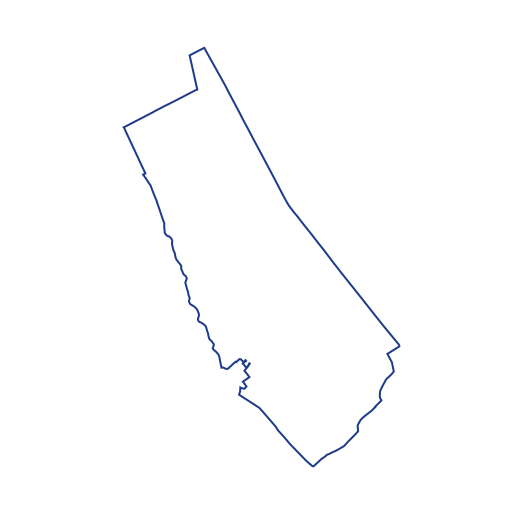 Manasia, Ialomita, Romania (Mercator projection), rotated 293°
{"feature_id": "2599482B60853828676404", "entity_name": "Manasia", "entity_type": "district", "adm_level": 2, "iso_a3": "ROU", "parent_name": "Romania", "parent_adm1": "Ialomita", "projection": "mercator", "projection_center": [26.681, 44.722], "detail": "fine", "context": "isolated", "style": "outline", "palette": "blue", "viewbox_px": 512, "rotation_deg": 293, "n_neighbors": 0, "source": "geoboundaries", "source_scale": "gbopen_adm2", "svg_char_len": 4529}
<svg xmlns="http://www.w3.org/2000/svg" viewBox="0 0 512 512"><g transform="rotate(293 256 256)"><path d="M199.6,426.7L200.0,426.9L201.1,427.3L202.1,427.6L203.2,427.9L203.5,428.0L211.4,422.5L217.2,415.2L228.3,422.9L228.9,423.2L229.5,423.0L230.0,422.5L230.6,421.5L235.0,413.1L238.5,406.3L241.5,400.6L243.3,397.2L245.3,393.6L247.2,390.0L247.9,388.8L248.8,387.2L249.8,385.2L251.1,383.0L251.7,381.9L253.1,379.3L254.6,376.6L255.8,374.3L258.0,370.4L260.1,366.5L262.0,363.1L262.4,362.3L262.5,362.1L266.7,354.3L267.3,353.2L269.3,349.5L272.6,343.5L272.7,343.3L273.0,342.6L273.4,341.8L273.7,341.3L276.5,336.4L277.3,334.9L278.2,333.3L279.6,330.7L281.5,327.4L286.8,318.2L288.1,315.8L289.3,313.8L289.6,313.1L290.6,311.3L291.5,309.6L293.4,306.1L296.4,300.9L298.7,296.7L303.4,287.9L306.5,282.4L308.4,279.1L310.6,274.7L311.4,273.3L314.1,268.5L315.3,266.5L316.6,264.7L318.5,262.2L322.6,257.0L330.4,247.6L338.2,238.1L350.4,223.0L350.6,222.8L355.2,217.1L361.6,209.1L369.9,199.0L375.5,191.9L381.1,185.3L387.8,177.0L395.8,167.2L401.5,160.3L427.4,127.0L420.3,121.1L416.8,118.2L414.7,116.5L413.5,117.4L386.3,136.9L384.1,134.8L379.7,131.2L362.6,117.0L358.4,113.3L350.1,106.5L348.4,105.1L348.2,105.1L343.5,101.2L332.4,92.0L323.8,84.9L322.8,84.0L322.7,84.2L295.7,114.2L295.5,114.4L288.8,121.9L287.2,120.6L286.8,120.3L285.8,122.0L282.8,126.7L281.6,128.3L280.8,129.7L279.7,131.4L277.7,133.3L272.5,138.3L267.6,143.3L266.3,144.3L261.0,149.1L254.2,155.1L251.0,158.1L249.9,159.0L249.3,159.3L248.3,159.5L247.0,160.1L243.9,161.8L242.1,162.8L241.3,163.4L240.9,163.9L240.6,164.8L240.1,165.6L239.9,166.2L240.0,167.4L240.1,168.3L239.7,169.6L239.3,170.5L238.7,171.6L238.1,172.3L237.5,172.8L236.9,173.2L236.0,173.4L235.2,173.6L234.6,173.8L234.1,174.1L233.6,174.4L231.7,175.8L229.5,177.3L228.8,178.0L227.4,179.6L225.5,181.1L224.6,181.5L223.5,182.4L222.5,183.1L222.0,183.7L221.6,184.3L221.2,184.9L220.5,186.2L220.0,187.0L219.6,187.7L219.3,188.4L218.9,189.0L218.5,189.9L217.9,190.7L217.4,191.1L216.9,191.4L214.7,192.3L213.4,193.9L211.9,195.3L211.3,195.9L210.7,196.9L210.3,198.4L209.8,199.5L209.3,200.1L208.1,201.1L207.6,201.2L206.0,201.2L204.4,201.2L203.6,201.6L202.5,202.4L202.2,202.7L201.4,203.3L198.3,205.7L197.8,206.1L197.4,206.5L196.3,207.6L195.3,208.2L193.9,209.0L193.2,209.6L192.8,210.0L191.8,211.0L191.4,211.4L191.1,211.5L189.1,211.8L188.3,212.0L187.9,212.1L187.3,212.6L186.9,213.2L186.3,213.9L186.0,214.4L185.8,214.9L185.8,215.7L185.3,218.9L184.5,221.3L183.6,222.8L182.7,223.7L182.0,224.5L180.7,225.7L180.3,226.1L179.3,226.6L178.5,226.8L178.2,226.9L177.0,226.9L176.2,227.0L175.8,227.1L175.0,227.4L174.2,228.0L173.5,228.7L173.2,229.4L173.2,229.9L173.3,230.8L173.3,231.3L172.8,234.1L172.1,236.2L171.6,237.2L171.0,237.9L168.3,240.0L166.1,242.0L164.1,243.3L162.8,244.3L161.7,245.1L160.8,246.7L160.4,248.1L159.1,250.3L158.8,251.0L158.0,251.8L157.7,252.0L156.7,252.0L154.9,252.2L154.1,252.3L153.7,252.8L153.1,253.8L152.9,254.2L152.7,255.1L152.5,256.0L151.7,257.7L150.7,259.8L149.7,260.8L148.9,261.6L144.3,264.7L142.4,266.0L139.7,267.9L140.0,268.3L140.3,268.6L140.5,269.0L140.5,269.4L140.4,270.8L140.4,271.7L140.4,272.3L140.5,272.8L140.6,273.1L140.8,273.5L141.1,273.9L141.2,274.1L141.4,274.3L149.8,278.0L150.7,278.6L150.5,279.2L154.7,281.1L155.0,282.5L153.4,286.0L154.4,286.5L155.2,286.7L156.0,287.0L155.6,287.8L153.1,286.5L151.9,285.8L149.4,290.8L150.8,291.2L151.7,291.5L152.7,291.7L154.6,291.8L154.5,292.3L152.6,292.0L151.1,291.7L149.6,291.3L148.0,290.8L146.4,290.3L145.9,290.2L142.0,297.3L135.2,293.1L132.2,298.2L129.4,297.3L129.1,296.5L128.9,294.9L128.5,294.1L128.8,293.0L127.3,293.5L125.9,294.0L125.1,294.3L124.6,294.4L124.0,294.4L121.7,294.6L117.5,318.5L112.6,328.7L107.6,338.8L106.8,340.5L104.0,344.6L100.9,351.3L100.2,352.9L96.3,360.5L93.5,367.1L88.6,378.8L87.0,382.5L86.2,385.0L84.6,390.1L85.0,391.2L95.2,395.8L96.0,396.3L97.0,397.1L98.0,397.7L98.9,398.2L99.4,398.4L100.0,398.6L100.7,399.0L101.2,399.5L101.7,400.0L102.2,400.5L102.9,401.2L103.4,401.6L104.6,402.5L105.8,403.6L106.9,404.7L108.3,405.9L109.5,406.9L115.6,411.4L120.9,413.2L130.8,417.2L134.4,418.4L134.8,418.4L135.8,417.8L136.9,417.2L138.3,416.5L139.4,415.9L139.7,415.8L141.2,415.8L142.8,416.0L144.1,416.1L146.0,416.4L147.4,416.9L148.8,417.5L150.6,418.3L153.8,420.1L158.8,422.9L161.1,423.8L163.5,424.8L163.6,424.5L172.1,427.9L173.6,425.9L174.9,424.9L177.2,424.0L179.3,423.3L180.8,423.1L182.3,423.1L183.7,423.1L186.2,423.3L188.2,423.5L190.1,423.7L192.5,423.9L193.3,424.1L194.1,424.3L195.7,425.0L196.4,425.4L197.2,425.7L198.0,426.1L199.6,426.7Z" fill="none" stroke="#1e3a8a" stroke-width="2"/></g></svg>